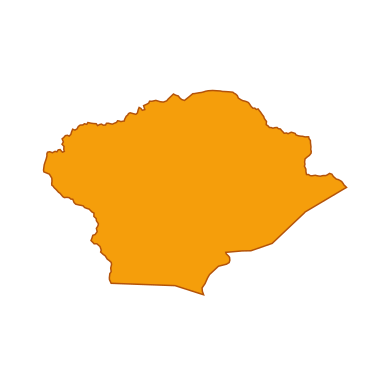 Feira Nova do Maranhão, Maranhão, Brazil (orthographic projection), rotated 12°
{"feature_id": "56859067B35499253028510", "entity_name": "Feira Nova do Maranhão", "entity_type": "district", "adm_level": 2, "iso_a3": "BRA", "parent_name": "Brazil", "parent_adm1": "Maranhão", "projection": "orthographic", "projection_center": [-46.651, -7.006], "detail": "fine", "context": "isolated", "style": "filled", "palette": "amber", "viewbox_px": 384, "rotation_deg": 12, "n_neighbors": 0, "source": "geoboundaries", "source_scale": "gbopen_adm2", "svg_char_len": 3266}
<svg xmlns="http://www.w3.org/2000/svg" viewBox="0 0 384 384"><g transform="rotate(12 192 192)"><path d="M131.9,298.1L194.9,287.1L221.5,289.8L224.7,290.1L222.8,287.0L221.8,283.7L223.8,278.9L224.3,276.5L225.1,272.8L226.3,269.1L233.3,259.1L238.6,256.5L240.8,255.4L243.0,253.3L243.2,250.9L242.3,248.1L240.7,246.8L238.4,245.4L237.6,244.0L253.3,239.2L261.9,237.2L281.1,225.6L299.5,198.8L306.0,189.4L306.8,188.0L339.4,157.9L342.2,155.4L340.7,154.4L339.3,153.6L338.0,152.2L336.2,150.6L334.5,150.0L332.5,149.4L330.5,149.4L327.0,147.4L325.1,145.5L322.7,145.2L320.9,147.0L319.5,148.1L316.7,148.7L314.2,149.9L311.8,150.1L309.2,150.0L307.5,150.6L305.8,151.3L304.0,151.4L302.4,150.7L300.4,151.1L299.3,148.7L298.6,145.9L296.6,143.4L296.7,141.3L295.9,139.3L295.7,136.1L297.4,133.8L299.2,131.8L300.4,129.3L300.2,127.5L299.3,125.7L299.0,123.2L297.7,119.4L297.1,117.0L295.5,115.6L294.6,113.8L293.1,114.1L291.2,114.6L288.6,114.5L286.6,114.8L284.3,114.9L281.8,114.5L280.8,113.3L278.5,113.0L276.6,112.9L275.1,114.1L273.8,115.0L272.2,114.6L270.0,115.4L268.2,114.1L266.7,113.1L265.4,112.0L263.3,112.1L261.8,111.2L259.7,111.8L257.9,112.8L256.1,112.5L254.3,112.8L252.6,111.5L250.6,110.7L250.2,107.5L248.3,105.9L247.2,104.7L246.4,103.2L244.8,101.9L242.3,99.5L240.9,98.4L239.4,97.0L237.7,97.9L236.0,96.9L234.2,97.4L232.0,96.0L229.8,93.8L228.6,92.8L226.6,92.3L224.5,92.1L222.7,92.1L220.7,91.6L217.8,90.5L216.3,88.3L214.3,87.1L212.8,86.7L211.2,85.9L207.3,86.3L205.2,86.6L202.6,87.0L200.9,87.3L198.7,87.3L191.1,88.4L186.8,89.6L184.2,90.7L182.5,91.7L180.5,92.7L178.7,93.3L174.0,95.2L172.3,95.7L169.0,99.9L165.6,104.0L162.7,103.7L160.6,102.6L158.6,100.9L155.9,100.7L153.5,100.0L149.4,106.0L148.3,108.1L145.3,110.0L142.1,110.3L137.6,109.9L133.9,111.6L131.6,112.0L131.2,114.0L129.8,115.3L126.7,117.6L128.7,121.2L126.4,122.4L124.7,120.9L122.7,120.3L122.3,122.7L122.2,126.0L120.9,127.7L115.0,127.4L113.6,128.5L113.1,130.1L111.9,131.6L111.0,135.0L111.0,136.6L107.8,137.9L106.2,137.7L104.4,137.8L103.7,139.6L101.5,141.1L100.0,142.2L97.6,142.2L95.9,142.1L94.0,142.6L93.5,144.4L91.4,145.1L89.3,144.4L87.6,145.2L85.9,146.7L84.1,145.1L81.5,145.5L79.2,145.7L75.7,145.7L75.0,147.7L72.6,147.6L71.3,149.1L68.7,149.8L67.2,151.5L66.4,154.2L64.6,155.8L62.2,155.4L61.7,158.3L61.5,160.9L60.2,162.9L58.4,162.4L56.4,163.2L55.2,165.4L53.9,167.0L55.8,169.8L54.9,172.3L57.3,174.0L57.7,176.9L58.7,178.8L57.1,180.0L55.4,178.9L54.2,177.9L52.4,178.6L51.5,180.8L49.6,180.7L47.3,182.6L44.4,182.2L42.4,183.1L42.1,184.8L42.6,186.9L42.5,189.8L42.2,192.3L42.0,194.0L41.8,196.2L42.0,198.8L42.2,201.4L42.9,203.1L46.1,203.7L48.8,204.2L52.0,207.6L52.8,210.6L53.0,212.9L53.5,214.5L55.0,215.2L56.2,216.4L58.8,218.0L61.5,220.0L63.2,220.7L66.6,223.4L68.3,224.0L70.9,223.2L73.2,223.1L74.9,224.1L76.9,223.9L78.8,226.8L80.8,228.1L84.4,228.2L86.3,228.1L88.5,228.2L90.1,229.5L92.4,229.9L94.9,230.1L98.2,232.3L100.5,233.0L101.1,236.3L103.8,237.9L104.4,239.9L107.0,242.5L107.1,244.1L106.7,245.7L106.0,247.4L107.5,250.5L106.1,253.7L104.0,255.0L103.7,258.1L103.3,260.5L105.8,262.1L107.0,263.0L109.6,262.4L113.3,264.4L115.3,267.7L115.1,269.7L118.1,271.5L120.4,272.5L123.1,275.3L125.2,276.2L127.7,277.7L128.4,279.7L128.3,283.3L129.5,286.7L128.6,289.0L129.0,293.1L129.5,294.9L131.9,298.1Z" fill="#f59e0b" stroke="#b45309" stroke-width="1.5"/></g></svg>